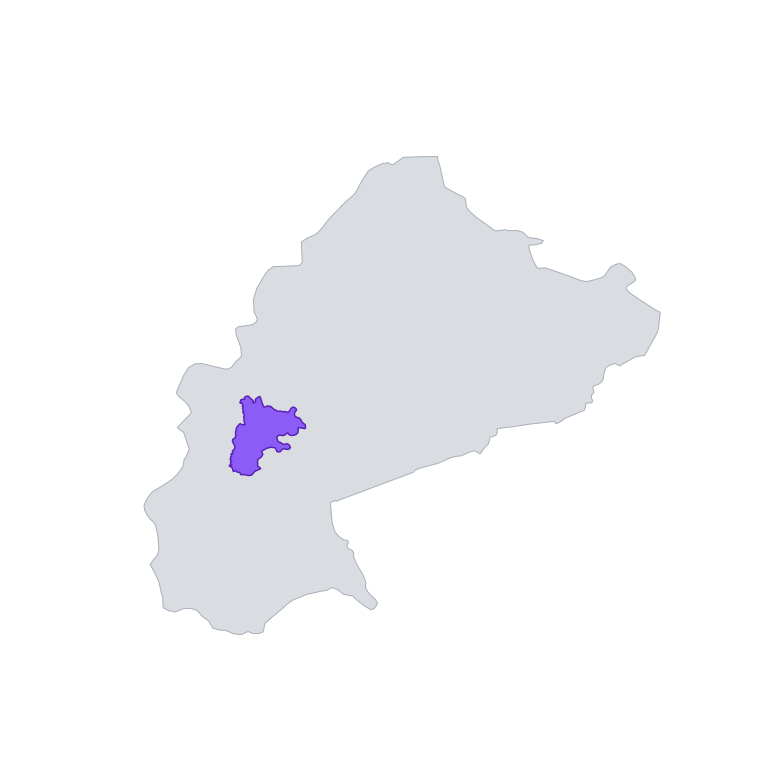 Mou Houn highlighted on a map of Burkina Faso, rotated 340°
{"feature_id": "BFA-2804", "entity_name": "Mou Houn", "entity_type": "Province", "adm_level": 1, "iso_a3": "BFA", "parent_name": "Burkina Faso", "parent_adm1": "", "projection": "mercator", "projection_center": [-3.423, 12.234], "detail": "fine", "context": "in_parent", "style": "filled", "palette": "violet", "viewbox_px": 768, "rotation_deg": 340, "n_neighbors": 0, "source": "natural_earth", "source_scale": "10m", "svg_char_len": 6161}
<svg xmlns="http://www.w3.org/2000/svg" viewBox="0 0 768 768"><g transform="rotate(340 384 384)"><path d="M561.1,477.3L542.7,478.1L535.9,480.1L531.9,480.1L531.7,478.4L531.3,477.4L507.9,471.7L491.6,468.4L475.0,464.6L474.1,468.1L471.7,470.4L468.1,470.6L465.6,470.0L463.9,472.7L461.2,476.3L457.4,478.0L453.6,480.2L451.5,482.1L449.9,482.2L446.1,477.6L441.1,477.2L431.7,477.9L427.5,476.7L421.7,476.1L408.0,477.0L386.2,475.2L382.6,476.2L381.7,477.0L360.1,477.2L336.3,477.4L316.4,477.6L299.0,477.8L298.9,477.0L293.4,476.9L292.7,478.5L287.8,496.7L287.3,506.6L289.9,512.8L292.8,516.7L296.1,518.3L296.5,520.5L293.8,523.4L294.0,526.3L297.1,529.3L297.9,532.5L296.3,535.8L296.7,543.8L299.0,556.4L299.1,564.6L296.9,568.3L297.9,574.7L302.2,583.8L303.0,587.6L301.4,589.4L297.9,591.7L294.3,591.6L290.1,586.2L288.3,583.7L284.9,578.2L282.0,572.6L278.1,570.2L274.3,567.9L269.6,560.8L265.1,557.4L260.4,558.4L253.4,557.1L239.4,555.3L224.4,555.9L218.1,557.5L212.0,560.1L196.4,565.7L190.2,568.5L185.5,575.6L180.2,575.5L174.9,573.2L171.6,570.0L164.4,570.7L157.6,567.6L150.9,561.4L146.0,559.4L139.7,554.9L138.0,546.4L134.0,540.5L130.4,532.2L125.0,528.5L118.8,526.5L110.1,526.9L104.5,523.6L100.0,518.8L101.2,514.6L103.2,508.6L103.4,502.8L104.8,493.5L103.9,481.9L102.4,473.7L107.1,470.3L112.6,467.3L116.1,461.8L119.6,449.3L121.1,438.6L120.0,434.6L118.2,431.4L116.7,426.8L115.9,421.1L116.9,416.2L121.1,411.6L126.3,407.8L130.0,405.9L139.8,404.1L152.1,401.2L159.2,398.0L164.3,394.7L167.2,392.2L170.2,386.9L174.9,382.9L178.6,378.8L179.1,367.3L179.1,360.8L176.4,357.2L174.9,354.2L193.1,345.2L193.2,338.9L190.7,331.9L187.1,326.2L185.8,321.3L190.8,315.5L195.3,311.2L198.5,307.5L205.7,301.8L213.1,300.4L219.9,302.5L239.8,315.7L243.3,316.6L247.4,315.6L252.7,312.1L259.5,309.3L262.0,300.5L261.8,287.4L263.3,281.5L266.9,280.4L278.4,282.9L281.3,283.0L284.7,282.2L287.1,279.9L287.0,275.7L286.5,272.0L290.2,259.9L297.0,250.8L310.8,239.4L315.1,237.1L320.1,235.9L344.8,243.7L348.8,241.8L354.9,222.4L361.6,220.6L369.6,220.2L374.8,218.6L377.5,217.2L389.3,209.8L410.0,199.8L421.2,195.5L423.3,193.9L431.3,186.7L441.9,178.5L448.7,176.9L458.0,176.3L463.9,177.6L465.5,179.9L467.4,181.1L479.6,177.6L497.0,183.2L512.1,188.6L511.1,192.1L511.1,198.2L509.8,207.8L508.3,219.4L514.5,226.9L522.0,234.9L524.0,238.0L522.0,245.9L523.3,250.6L527.3,258.3L534.0,268.1L540.9,278.1L545.6,279.5L550.2,280.3L552.9,282.1L557.0,283.8L561.0,285.0L564.4,287.2L566.7,289.3L569.6,295.5L577.3,299.6L582.7,303.7L580.6,305.7L573.8,304.9L567.5,303.1L566.6,306.1L566.3,317.5L567.4,326.9L568.9,328.2L575.2,330.0L590.4,342.2L604.2,353.9L608.8,356.9L616.5,358.0L625.0,358.5L628.6,357.4L636.9,351.6L641.3,350.9L645.4,351.1L647.6,352.0L651.5,356.8L655.3,364.0L656.3,369.3L656.0,372.2L654.7,373.3L647.9,374.6L645.0,375.7L644.3,377.3L645.3,380.8L646.6,383.2L654.0,393.5L664.7,407.5L668.0,411.1L666.1,415.3L660.7,426.2L656.6,430.8L638.7,446.2L629.8,444.4L611.4,447.5L608.6,444.0L604.3,443.5L598.9,444.1L597.0,445.4L596.4,447.0L594.5,449.1L591.1,455.2L588.4,456.8L585.1,457.7L581.1,457.6L578.7,458.4L578.7,461.4L578.0,464.1L575.3,465.4L574.1,468.3L574.4,471.2L572.8,472.6L569.3,471.8L567.2,471.0L565.3,474.8L562.9,477.3L561.1,477.3Z" fill="#d9dde1" stroke="#a8b0b8" stroke-width="1"/><path d="M292.6,376.6L292.9,377.2L292.8,378.7L290.6,379.9L289.7,381.5L289.2,383.2L289.6,384.5L292.3,386.7L293.3,387.9L293.8,389.8L293.8,390.9L294.3,392.6L295.1,394.0L296.0,395.1L296.0,395.6L295.5,397.4L295.3,398.1L294.9,398.8L294.1,398.7L290.1,396.3L288.6,395.9L287.9,397.1L287.8,397.5L287.1,398.8L286.9,399.7L286.1,400.4L284.7,401.2L282.2,401.4L279.6,400.8L278.8,400.3L278.0,399.8L277.1,398.4L276.9,397.1L276.0,397.0L274.0,397.8L271.9,398.1L268.2,396.2L266.1,396.6L264.9,397.6L264.7,401.4L265.6,402.7L267.4,404.2L268.1,405.8L269.7,406.6L272.3,406.9L273.7,408.1L274.3,410.2L274.4,411.6L273.2,412.5L271.4,412.7L267.1,410.4L265.1,411.0L263.6,412.1L261.6,411.8L260.2,410.6L260.3,408.5L259.7,406.6L255.5,404.4L254.4,404.7L253.7,404.4L252.0,404.3L246.0,405.3L245.8,406.1L246.2,407.9L245.6,409.1L244.6,410.0L243.2,410.9L241.2,411.2L240.0,411.8L239.1,412.7L238.4,413.9L238.2,415.5L237.2,417.7L237.4,418.5L238.2,419.2L238.8,420.4L239.0,421.4L238.3,421.5L233.8,421.8L232.5,422.1L231.0,422.8L229.6,423.8L228.6,424.2L227.2,424.1L225.7,423.8L224.6,423.2L223.6,422.5L222.2,421.7L220.7,421.0L219.4,420.6L218.5,420.2L218.2,419.4L218.4,418.4L218.1,417.7L216.8,417.1L215.7,416.3L215.4,415.5L215.2,414.8L213.4,414.7L213.0,414.5L212.6,414.6L212.4,413.9L212.6,412.6L212.7,411.7L212.2,409.5L211.7,409.2L211.1,408.9L210.7,408.5L210.9,407.5L211.4,407.6L212.0,408.0L213.1,408.0L212.7,406.8L212.8,405.4L213.5,404.3L214.6,403.9L214.2,403.0L214.0,402.7L213.6,402.4L215.2,399.9L215.4,399.8L215.7,399.8L216.0,399.8L216.2,398.2L216.6,397.3L217.1,397.3L217.9,397.9L218.3,397.0L218.5,395.6L218.8,394.9L220.1,394.6L221.3,393.8L222.2,392.7L222.5,391.6L222.0,386.1L222.8,384.4L225.2,383.8L226.3,383.2L227.0,381.7L227.9,378.8L230.4,374.7L231.2,374.1L233.9,372.5L234.8,372.2L235.2,372.2L235.5,372.3L236.5,373.5L237.1,373.9L237.6,373.9L238.2,374.1L238.7,374.7L239.7,374.1L239.9,373.4L239.7,371.7L239.9,370.7L240.5,369.0L240.7,368.2L240.9,366.8L242.0,365.8L242.2,364.9L241.7,362.9L241.8,362.1L242.7,361.6L242.7,361.1L242.4,361.1L242.7,360.5L242.9,360.1L242.7,359.4L242.7,358.6L243.0,358.2L243.5,357.8L243.7,357.3L243.2,356.6L243.6,356.0L244.1,355.0L244.3,354.0L243.9,353.6L242.9,353.2L242.4,352.6L242.3,351.9L243.5,351.3L243.6,350.8L243.7,350.2L243.9,350.0L245.9,350.0L247.2,350.5L247.8,350.4L248.1,349.3L248.5,348.8L249.3,348.6L250.3,348.5L251.0,348.5L251.9,348.9L252.4,349.2L252.7,349.7L253.4,351.5L255.3,354.8L255.2,355.5L254.5,356.6L255.0,356.9L255.4,356.6L256.0,357.1L256.7,357.2L257.2,356.8L257.7,354.8L258.4,354.2L260.4,353.6L262.6,353.1L263.3,353.8L262.9,360.9L263.4,364.3L263.3,364.7L264.0,365.0L264.8,365.0L266.5,364.7L267.6,364.9L268.1,365.4L268.5,366.0L269.2,366.7L269.7,366.2L272.7,371.2L273.7,371.7L273.8,371.9L274.0,372.5L275.0,373.4L275.6,373.7L276.4,373.7L277.4,374.1L280.3,375.8L281.8,376.2L282.6,376.6L283.8,377.9L284.3,378.0L284.8,377.6L285.9,377.1L286.4,376.7L288.1,375.3L289.3,374.7L290.9,374.7L292.1,375.7L292.6,376.6Z" fill="#8b5cf6" stroke="#5b21b6" stroke-width="1.5"/></g></svg>